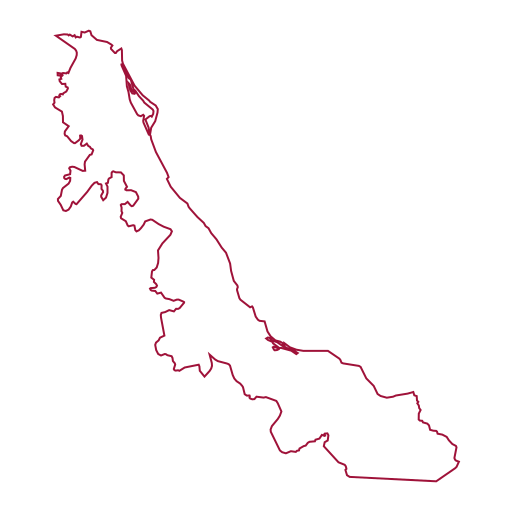 the border of Veracruz
{"feature_id": "MEX-2734", "entity_name": "Veracruz", "entity_type": "State", "adm_level": 1, "iso_a3": "MEX", "parent_name": "Mexico", "parent_adm1": "", "projection": "albers", "projection_center": [-96.92, 19.815], "detail": "fine", "context": "isolated", "style": "outline", "palette": "rose", "viewbox_px": 512, "rotation_deg": 0, "n_neighbors": 0, "source": "natural_earth", "source_scale": "10m", "svg_char_len": 5919}
<svg xmlns="http://www.w3.org/2000/svg" viewBox="0 0 512 512"><path d="M121.3,48.5L121.9,50.2L122.1,60.5L122.9,63.6L134.6,85.7L142.7,95.3L149.2,100.6L150.1,101.8L155.7,105.5L157.8,109.1L157.5,112.6L155.2,121.2L151.2,127.7L150.2,133.5L149.6,133.5L148.6,127.6L145.4,119.5L149.6,116.2L151.1,115.9L151.8,116.6L153.2,113.9L153.5,111.1L152.8,109.6L144.3,102.6L143.1,100.6L138.9,96.1L135.3,90.7L133.5,89.2L130.8,79.6L128.7,78.1L121.3,63.6L121.6,65.5L126.1,75.8L126.9,86.4L128.5,92.0L129.7,99.3L130.8,102.6L137.1,114.1L138.3,115.4L140.8,116.2L143.2,114.8L144.1,115.8L143.2,120.9L143.5,122.6L148.8,134.6L150.1,135.0L150.7,136.1L151.2,139.3L155.9,152.0L167.0,172.8L168.6,177.1L166.9,178.9L170.7,186.7L179.9,197.9L187.4,203.5L188.6,206.8L189.7,208.3L197.4,217.0L203.8,222.9L205.6,226.1L208.5,228.2L211.2,233.1L216.5,239.4L221.7,247.6L226.0,252.7L230.1,263.5L231.1,270.9L233.8,280.9L237.4,285.5L237.8,287.1L237.0,289.2L237.1,290.4L239.4,298.2L240.4,299.7L250.1,307.3L252.1,306.4L252.9,307.5L255.7,316.6L257.9,319.7L259.5,320.8L264.6,321.4L267.5,331.5L270.6,336.3L275.4,340.4L280.1,341.6L282.8,343.2L282.8,346.1L277.0,342.1L272.6,340.8L269.7,338.0L267.9,337.5L266.2,338.5L268.0,340.0L272.3,341.8L273.1,343.4L278.4,347.3L278.4,347.9L277.1,347.9L273.7,346.7L272.8,347.3L274.0,349.7L274.8,350.3L277.1,350.0L278.9,349.1L279.5,348.0L281.0,347.9L291.3,350.7L296.3,354.1L297.7,353.0L294.4,350.9L289.1,349.1L284.7,346.8L284.4,343.2L289.9,347.3L296.4,349.7L303.5,350.9L328.0,350.9L339.3,358.6L340.3,359.8L341.5,362.7L343.2,363.4L358.9,365.9L360.6,366.9L366.3,378.4L373.7,385.9L377.6,394.0L380.6,396.0L386.8,397.7L393.1,396.7L395.9,395.5L407.7,393.6L413.3,392.0L414.3,395.3L416.7,396.1L417.0,400.5L418.3,401.9L417.3,403.3L418.8,405.5L419.2,408.1L420.6,410.0L418.8,413.6L418.7,419.5L419.9,420.6L422.2,420.8L423.0,422.4L427.3,423.6L429.0,425.4L430.1,429.8L433.3,430.7L436.2,430.9L437.0,431.6L437.6,433.7L442.3,434.6L446.7,436.9L448.8,440.2L452.3,444.0L455.9,445.9L456.5,447.3L454.4,458.0L455.0,459.6L456.0,460.6L458.9,461.7L456.6,466.8L455.2,468.2L436.2,481.3L349.7,476.9L347.0,475.2L345.4,469.9L346.4,468.9L346.3,468.2L345.8,466.3L344.7,464.8L338.5,462.3L323.8,446.2L324.7,442.2L327.7,440.5L328.4,435.3L327.4,433.4L324.8,433.6L324.3,434.2L325.1,435.6L324.5,435.9L321.9,434.9L319.4,438.6L315.5,439.7L314.9,441.3L309.5,441.8L307.8,442.8L305.7,445.6L303.7,446.1L299.5,448.5L299.0,450.4L296.9,450.8L295.8,451.9L290.9,451.2L285.9,453.3L282.1,452.2L279.9,450.4L270.8,431.8L270.6,429.5L271.9,426.1L277.8,419.0L279.9,415.6L281.4,411.5L277.8,403.3L276.3,400.9L265.9,397.1L263.6,397.6L256.5,396.7L254.4,399.1L252.3,399.3L250.3,398.6L249.5,397.7L249.8,396.2L249.5,395.5L246.8,395.6L244.7,394.2L243.0,387.2L242.2,385.9L240.2,383.6L236.6,381.2L234.3,378.5L232.7,375.0L230.0,365.6L228.7,364.2L226.9,363.5L217.8,361.1L215.0,359.4L209.6,354.6L211.8,363.0L212.0,365.9L211.2,368.5L209.6,371.0L204.5,376.6L199.8,370.8L199.4,366.4L198.7,364.7L184.7,367.5L179.4,370.8L178.1,370.3L175.6,370.6L174.5,370.2L173.8,369.0L175.2,364.6L174.8,363.3L172.9,361.0L172.5,358.0L171.6,356.2L167.4,355.2L165.9,354.2L164.8,354.0L161.0,355.5L158.2,354.0L156.2,350.1L155.2,344.9L156.0,342.6L158.6,340.4L160.0,337.7L164.4,335.6L161.0,317.5L160.8,314.9L161.5,312.9L165.1,312.1L169.2,310.1L173.9,311.4L176.1,308.8L178.0,308.9L179.6,308.1L184.1,302.7L184.1,302.1L183.1,301.5L178.7,299.6L176.9,299.6L173.6,300.8L169.3,299.1L165.9,298.5L164.6,297.8L161.0,292.6L157.3,293.6L155.3,291.0L151.7,290.6L150.7,290.0L150.0,288.6L150.7,288.1L154.8,287.8L156.3,287.0L157.0,285.7L156.2,284.1L153.9,281.9L154.1,279.8L151.3,277.6L152.0,271.5L152.8,270.1L154.3,270.0L156.7,267.5L158.1,263.0L158.5,258.0L158.0,250.4L162.4,243.4L170.4,234.8L171.9,231.3L170.5,229.2L163.7,226.7L158.7,224.1L152.3,219.8L150.5,219.5L145.2,221.4L143.7,224.6L141.0,228.1L138.9,230.3L136.5,231.4L135.3,230.1L134.4,225.6L133.2,225.2L128.7,226.3L127.7,225.5L125.8,221.2L121.1,218.3L120.7,216.8L122.3,212.9L121.5,211.2L121.6,207.6L120.8,205.0L121.5,204.2L124.9,204.1L127.6,201.9L130.7,205.5L131.8,206.2L133.2,205.7L138.3,198.7L138.2,196.6L135.9,192.1L131.1,190.2L126.6,190.3L125.3,189.6L125.4,188.8L127.0,186.8L123.9,180.9L123.8,175.4L120.9,172.4L115.8,172.3L113.2,171.3L112.3,171.8L111.6,172.9L111.6,177.1L109.0,178.5L108.4,179.4L107.9,182.8L106.0,183.5L107.5,186.6L107.5,192.9L106.0,197.6L103.2,200.2L101.2,196.8L101.2,195.4L103.1,192.1L102.9,190.7L101.5,188.9L101.6,185.2L100.8,184.2L98.4,184.1L97.0,182.1L94.5,182.8L91.7,185.7L87.2,191.9L76.5,204.2L75.5,203.9L73.2,201.7L72.2,202.5L70.8,206.5L68.6,209.6L65.9,211.0L63.3,210.3L60.7,204.8L58.0,200.9L57.9,199.0L60.8,195.9L62.0,189.7L63.0,188.0L68.6,183.6L70.1,180.9L70.3,177.9L69.4,177.5L66.4,179.1L65.1,178.9L64.2,178.0L64.1,176.8L65.0,175.5L70.1,174.2L70.5,170.7L69.2,168.3L69.8,167.3L72.2,166.7L74.4,167.0L82.7,170.9L85.2,170.7L84.6,164.4L85.0,161.6L89.8,154.9L91.6,154.4L93.2,150.3L92.8,149.4L90.9,148.4L89.9,146.8L88.3,146.0L86.8,143.6L83.9,145.8L81.6,145.8L80.8,144.1L82.5,139.6L82.0,136.0L81.0,135.4L80.1,135.6L80.3,138.6L78.8,140.3L75.1,143.1L74.0,143.1L71.1,141.1L67.2,136.3L65.2,135.4L64.6,133.8L64.9,131.4L68.7,126.2L63.0,122.3L62.9,116.0L61.9,111.6L55.0,107.4L53.1,104.4L54.5,102.7L54.2,100.1L54.6,97.9L55.9,96.9L58.9,97.4L60.1,96.2L59.3,95.5L59.8,94.4L61.0,93.9L62.8,94.4L63.3,93.3L66.3,91.5L67.9,88.5L67.7,87.5L65.7,86.6L65.3,83.8L62.0,84.0L59.7,81.2L59.4,79.4L61.3,78.8L60.7,77.1L62.6,75.3L62.4,74.7L59.1,75.5L57.7,75.3L57.6,72.9L61.6,73.6L63.0,73.0L66.4,73.4L67.3,72.4L68.4,73.0L70.5,67.8L75.7,58.4L76.7,55.1L76.8,52.6L76.1,50.6L74.8,48.9L55.9,35.7L63.9,34.3L67.7,34.5L68.7,35.4L69.8,34.6L72.7,36.4L74.6,35.2L75.7,37.4L76.9,36.7L79.9,37.5L80.9,36.9L81.5,31.8L84.7,32.5L88.8,30.7L90.3,31.3L91.5,35.2L96.9,39.9L107.1,42.0L111.4,44.6L112.4,45.5L110.9,47.7L111.0,48.9L114.9,53.0L115.8,53.0L117.1,51.2L121.3,48.5ZM131.4,89.7L135.3,92.8L134.6,93.8L132.3,93.4L130.4,90.5L129.2,86.7L128.8,83.4L129.9,84.6L131.4,89.7Z" fill="none" stroke="#9f1239" stroke-width="2"/></svg>